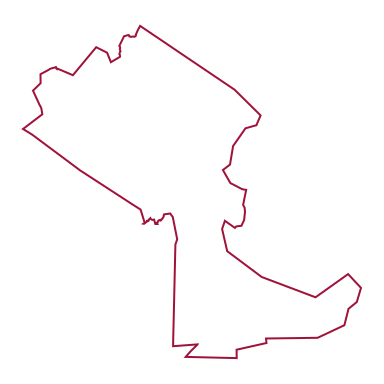 outline of Craven, North Carolina, United States of America
{"feature_id": "52423323B69937594660811", "entity_name": "Craven", "entity_type": "district", "adm_level": 2, "iso_a3": "USA", "parent_name": "United States of America", "parent_adm1": "North Carolina", "projection": "equal_earth", "projection_center": [-77.135, 35.114], "detail": "fine", "context": "isolated", "style": "outline", "palette": "rose", "viewbox_px": 384, "rotation_deg": 0, "n_neighbors": 0, "source": "geoboundaries", "source_scale": "gbopen_adm2", "svg_char_len": 2257}
<svg xmlns="http://www.w3.org/2000/svg" viewBox="0 0 384 384"><path d="M185.7,356.9L194.0,357.1L236.7,358.1L236.6,349.7L266.5,343.0L266.0,338.5L317.6,337.8L344.4,325.2L348.5,308.8L356.8,302.0L361.0,287.9L348.1,274.1L315.5,297.3L261.7,277.0L227.2,251.2L222.1,229.0L223.9,223.8L224.9,220.8L234.9,227.9L236.3,226.4L241.4,225.8L244.1,220.1L245.0,211.8L244.6,207.6L243.1,204.9L246.2,189.9L242.2,189.2L230.4,183.1L222.9,170.0L230.0,164.6L233.1,146.0L245.5,128.3L256.4,125.2L260.6,115.4L253.4,108.3L237.1,92.2L234.7,89.8L140.1,25.9L137.7,30.4L135.8,34.8L135.9,35.7L134.6,36.8L132.8,36.5L131.0,36.9L129.3,36.4L129.2,35.4L128.3,35.0L124.0,36.3L119.3,46.0L119.9,46.7L120.2,47.9L119.8,49.2L120.5,51.3L119.9,52.1L119.4,54.2L119.9,54.9L120.0,56.8L110.9,62.2L107.1,52.7L96.2,47.2L72.9,75.2L57.1,68.5L56.9,69.0L56.2,68.4L55.9,67.1L49.9,68.9L48.9,69.7L40.5,74.2L40.6,83.2L33.0,90.6L39.6,105.0L40.3,106.0L41.4,108.6L42.3,114.3L23.0,129.0L32.1,134.6L78.4,169.1L79.5,170.0L131.8,204.0L140.6,209.6L144.7,222.9L143.5,223.7L144.0,223.8L146.3,222.1L146.9,220.8L147.4,220.7L147.8,221.2L148.6,220.8L148.8,219.6L149.2,219.4L150.3,218.2L150.5,218.7L151.8,219.7L152.4,219.9L154.1,219.6L155.3,224.0L156.8,224.0L156.7,223.9L156.5,223.7L156.4,223.7L156.2,223.6L156.2,223.4L156.2,223.2L156.3,223.1L156.4,222.9L156.5,222.9L156.5,223.0L156.8,223.1L157.0,223.1L157.3,223.1L157.4,222.9L157.5,222.9L157.6,222.7L157.7,222.4L157.7,222.2L157.8,222.1L157.8,221.9L157.8,221.7L157.9,221.4L158.0,221.3L158.0,221.2L158.3,220.9L158.5,220.7L158.8,220.5L158.9,220.4L159.0,220.4L159.1,220.2L159.3,220.1L159.5,220.1L159.8,220.0L160.0,220.0L160.2,220.3L160.3,220.4L160.4,220.5L160.5,220.6L160.8,220.5L160.9,220.4L160.9,220.2L161.0,220.1L161.1,219.9L161.2,219.7L161.3,219.7L161.6,219.5L161.6,219.4L161.8,219.2L162.0,219.1L162.1,218.9L162.2,218.7L162.3,218.6L162.4,218.4L162.5,218.4L162.6,218.2L162.8,217.9L163.0,217.7L163.2,217.4L163.3,217.3L163.4,217.2L163.5,217.1L163.5,216.9L163.6,216.7L163.6,216.4L163.6,216.2L163.6,215.9L163.7,215.7L163.8,215.5L163.8,215.4L163.9,215.2L164.0,215.0L164.0,214.9L164.1,214.7L164.1,214.4L170.2,213.5L172.8,217.1L177.2,239.3L175.4,244.5L173.5,327.4L173.3,334.2L173.1,346.2L197.5,344.4L197.4,344.6L190.6,351.3L185.7,356.9Z" fill="none" stroke="#9f1239" stroke-width="2"/></svg>